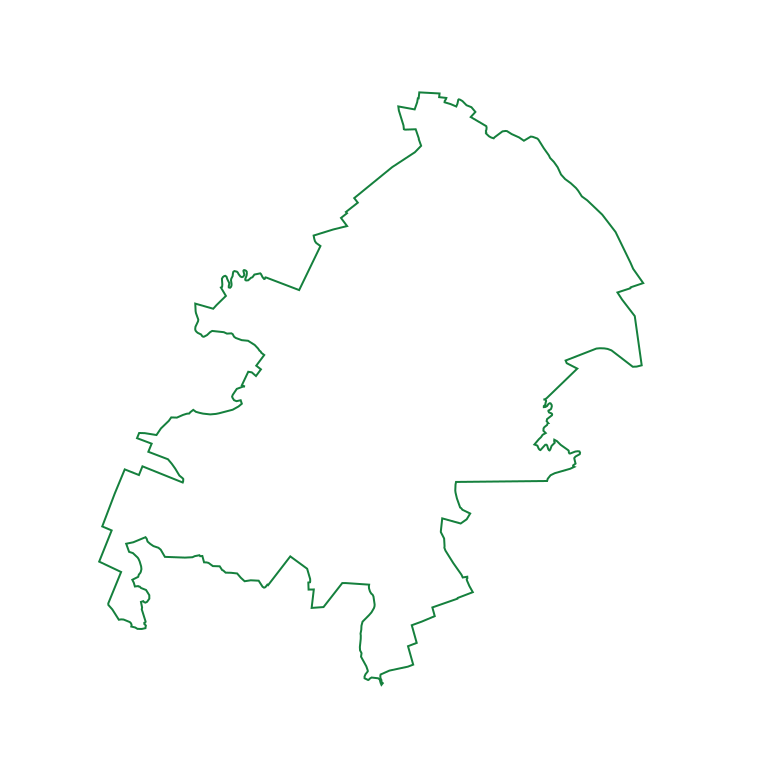 Craidorolt, Satu Mare, Romania (Mercator projection), rotated 191°
{"feature_id": "2599482B64350665311002", "entity_name": "Craidorolt", "entity_type": "district", "adm_level": 2, "iso_a3": "ROU", "parent_name": "Romania", "parent_adm1": "Satu Mare", "projection": "mercator", "projection_center": [22.703, 47.59], "detail": "fine", "context": "isolated", "style": "outline", "palette": "green", "viewbox_px": 768, "rotation_deg": 191, "n_neighbors": 0, "source": "geoboundaries", "source_scale": "gbopen_adm2", "svg_char_len": 6128}
<svg xmlns="http://www.w3.org/2000/svg" viewBox="0 0 768 768"><g transform="rotate(191 384 384)"><path d="M543.6,468.2L542.1,465.0L542.0,464.3L542.6,462.6L543.8,461.8L545.4,462.1L547.5,463.9L548.9,465.6L549.9,466.2L552.4,466.3L553.3,465.4L553.4,463.9L553.2,460.9L554.0,458.3L554.0,456.7L552.7,453.0L552.5,451.4L552.8,450.0L553.5,449.1L554.8,449.2L555.1,450.5L555.0,452.0L555.2,453.6L557.8,457.0L559.1,459.3L560.5,459.9L561.6,459.3L562.6,458.2L563.2,456.4L561.7,450.9L561.5,448.9L561.6,448.2L562.5,447.6L556.0,440.3L563.6,429.3L566.0,425.3L584.6,426.9L582.8,419.5L582.1,417.7L578.6,411.8L578.5,410.1L580.0,404.2L579.8,401.8L579.2,400.5L578.2,399.6L576.7,398.7L573.0,397.7L571.6,396.3L570.5,395.9L569.7,396.1L567.0,398.3L564.6,401.7L562.8,403.3L551.1,404.3L547.8,403.5L543.5,404.6L542.1,404.1L540.2,401.8L538.3,400.9L532.0,399.9L525.7,400.5L518.3,397.6L514.4,394.8L512.6,393.0L511.2,392.3L510.5,391.3L507.1,389.6L512.9,377.6L507.6,374.9L511.2,367.4L516.0,370.2L519.6,370.1L523.3,355.6L520.1,355.0L522.0,354.5L527.6,351.1L530.4,344.5L530.7,342.6L530.1,341.6L528.1,339.5L525.5,339.0L521.6,340.7L519.8,337.5L522.5,334.2L527.6,329.9L540.3,323.8L543.2,322.6L548.8,321.0L556.0,320.4L559.5,320.5L563.3,320.8L566.3,322.2L568.9,319.2L569.5,317.9L571.9,317.2L575.4,315.3L580.9,311.5L586.5,310.6L588.2,306.8L594.5,297.8L597.6,290.5L609.5,290.1L615.0,289.2L616.1,283.7L600.7,281.1L602.4,272.5L581.7,268.9L577.1,265.2L572.8,261.1L567.4,255.1L563.7,253.1L562.9,252.4L562.6,250.1L562.8,248.9L605.4,257.1L607.2,247.9L622.2,250.7L627.4,225.1L633.4,190.4L623.4,188.3L629.7,155.3L606.2,149.3L612.8,116.0L612.4,114.5L607.7,110.9L599.3,102.0L597.1,102.8L594.7,103.1L588.1,101.8L587.0,101.1L586.0,99.8L585.7,98.6L585.8,97.7L581.7,97.5L579.3,96.6L575.1,97.3L571.6,98.8L571.7,101.5L573.5,102.7L573.7,103.9L572.8,104.4L572.7,105.3L578.8,116.6L578.8,118.4L581.0,123.7L578.9,124.9L577.7,124.0L576.4,123.9L575.0,125.0L573.4,128.5L574.1,131.9L578.3,136.4L583.6,137.4L585.2,138.5L586.4,138.4L586.8,138.7L589.9,137.7L591.7,141.2L593.7,143.8L588.5,147.8L588.3,150.1L587.2,152.1L586.9,153.3L586.8,156.0L587.6,158.6L590.0,163.2L591.7,165.6L592.7,166.6L598.2,170.1L602.2,170.6L606.6,178.0L599.9,180.8L588.9,188.1L587.5,186.9L586.0,184.2L582.9,182.4L579.4,180.9L574.2,180.2L571.6,178.8L566.1,172.5L546.3,175.6L539.0,177.4L536.9,178.9L532.5,180.7L531.6,179.9L529.5,180.5L526.6,174.6L524.2,175.0L522.1,174.9L517.3,172.6L510.5,173.7L507.4,170.5L506.1,170.2L503.5,168.6L498.1,169.5L492.0,170.0L487.6,166.5L483.2,163.8L477.3,165.9L469.5,167.0L464.5,161.8L462.9,161.2L461.7,161.9L460.2,164.8L459.4,164.4L443.1,196.9L424.2,188.0L419.3,178.5L418.8,176.3L418.8,175.3L420.4,174.7L418.8,167.8L413.7,168.9L412.3,150.4L400.8,153.5L387.0,180.6L383.5,181.3L360.3,184.2L360.2,182.3L359.7,180.5L358.2,177.7L356.5,175.8L355.0,175.0L353.8,173.4L351.1,165.7L350.9,163.9L351.1,162.1L352.7,157.5L354.6,154.2L359.7,146.6L360.0,142.4L359.4,138.3L359.4,134.4L358.8,132.7L358.2,129.3L357.5,121.2L356.7,118.0L354.7,115.5L354.5,111.9L347.5,103.5L345.3,99.7L345.1,98.8L346.8,95.5L347.3,93.1L346.9,91.4L343.1,90.4L342.6,90.7L341.7,92.1L340.2,93.5L333.6,94.0L331.9,93.2L330.2,89.8L329.1,88.2L328.1,90.1L329.8,91.2L330.0,92.8L331.3,94.5L331.9,96.6L331.9,98.2L324.0,103.7L306.6,111.1L301.8,114.1L310.4,131.2L302.5,136.1L310.7,152.5L301.7,157.9L289.9,165.8L293.9,173.9L270.9,187.3L270.9,188.0L257.1,196.6L261.6,201.9L265.1,207.0L265.6,208.2L265.1,209.2L265.5,210.7L269.8,209.1L271.6,211.6L281.8,221.4L291.9,232.2L293.5,234.8L293.6,236.3L295.5,243.8L299.9,249.4L300.1,250.2L301.2,263.2L282.1,261.7L277.0,267.0L274.7,273.3L283.0,275.5L284.5,276.8L285.7,277.3L290.6,285.6L293.0,290.9L293.7,293.0L294.6,298.9L294.6,301.6L205.4,319.9L205.2,322.2L203.1,326.2L199.4,329.0L185.1,336.3L181.5,338.9L182.6,339.1L182.8,340.2L180.8,342.4L183.0,347.2L183.0,347.9L182.1,349.4L178.5,352.4L178.4,353.9L179.3,355.1L180.9,355.0L183.3,354.2L188.0,351.3L188.7,351.2L189.4,351.9L190.0,353.8L190.4,354.1L199.0,358.0L203.3,360.9L206.2,361.8L206.1,360.5L205.2,358.9L207.7,355.2L208.0,353.2L208.3,351.4L208.8,350.4L209.4,350.5L210.4,351.5L212.1,354.7L212.9,355.4L214.1,355.1L217.8,349.0L218.6,349.1L219.8,350.0L221.7,352.8L224.8,353.3L221.5,359.3L219.7,361.8L218.6,364.4L215.9,366.7L218.6,368.5L218.9,370.9L218.3,372.3L216.1,374.9L215.8,376.9L215.4,377.0L217.3,378.6L217.2,380.7L213.2,385.3L213.1,386.0L213.3,386.6L214.0,387.1L216.6,387.6L217.5,388.8L217.5,389.3L215.5,391.0L215.2,391.7L215.0,394.0L215.4,395.4L216.8,396.8L217.6,396.8L218.7,395.8L219.8,393.4L221.3,392.2L222.7,391.8L222.9,392.8L221.7,394.4L221.8,396.7L221.6,398.1L221.8,398.7L222.6,399.4L224.5,399.2L223.0,399.8L221.7,401.0L197.2,436.0L208.6,439.3L210.2,441.7L182.3,459.3L178.9,460.3L174.5,461.0L171.2,461.1L167.1,460.4L143.1,448.4L139.3,449.3L134.6,451.5L150.8,498.5L166.4,512.3L172.3,518.4L160.4,525.0L160.5,525.7L160.1,526.1L148.8,532.5L161.4,544.6L165.2,550.1L185.7,577.4L202.1,591.9L219.6,603.1L225.6,605.9L230.4,610.9L232.9,613.0L239.1,616.8L245.3,619.7L250.2,623.4L254.9,629.9L259.6,634.4L264.1,637.6L265.8,639.9L272.1,645.9L279.0,653.3L280.3,654.2L285.1,655.0L287.1,654.9L293.1,649.5L298.4,651.8L306.4,653.7L311.5,655.7L312.9,655.6L315.9,654.6L322.7,647.1L323.2,646.1L325.8,646.4L328.2,647.2L331.5,649.3L331.9,649.8L331.6,650.4L332.3,651.8L332.0,653.1L332.2,655.2L332.8,656.6L349.8,662.6L346.2,668.5L351.0,672.4L356.2,673.4L361.0,676.7L363.6,677.6L364.9,677.7L365.3,677.2L365.4,673.1L366.0,670.2L372.1,671.5L378.3,672.1L378.4,673.3L377.5,675.6L377.4,676.7L384.6,676.1L384.9,679.8L405.0,677.0L404.5,671.0L405.3,670.9L405.2,666.9L406.3,659.4L422.9,659.2L421.6,655.3L414.2,641.5L413.1,637.9L411.9,637.7L401.5,640.1L396.7,631.7L396.5,630.8L393.0,624.9L397.9,617.4L417.4,598.4L448.7,560.8L444.3,557.0L454.2,545.6L452.9,544.6L457.9,538.8L450.4,532.0L463.3,526.0L481.4,516.3L480.2,513.3L479.0,511.0L478.3,510.3L477.3,509.4L472.7,507.3L485.2,460.0L519.7,466.0L520.7,466.0L521.1,464.5L521.7,464.2L523.5,465.6L525.8,468.5L526.6,469.0L532.1,466.7L533.5,463.7L534.8,462.9L537.1,459.9L539.1,459.3L540.1,459.8L540.2,460.8L539.6,464.2L539.7,466.2L540.2,468.1L541.0,468.8L542.5,469.2L543.4,468.9L543.6,468.2Z" fill="none" stroke="#15803d" stroke-width="2"/></g></svg>